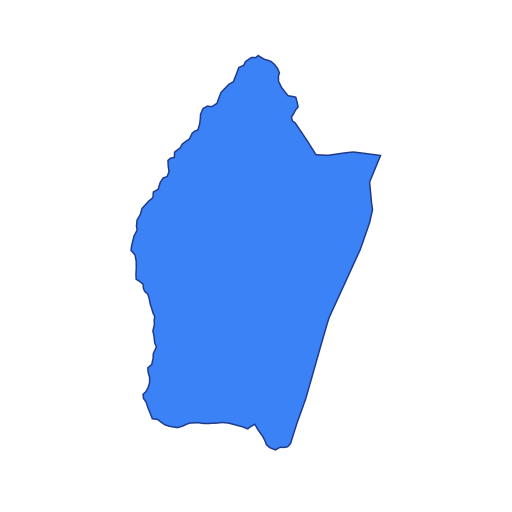 Canapi, Alagoas, Brazil, rotated 164°
{"feature_id": "56859067B46648773088158", "entity_name": "Canapi", "entity_type": "district", "adm_level": 2, "iso_a3": "BRA", "parent_name": "Brazil", "parent_adm1": "Alagoas", "projection": "natural_earth1", "projection_center": [-37.509, -9.127], "detail": "fine", "context": "isolated", "style": "filled", "palette": "blue", "viewbox_px": 512, "rotation_deg": 164, "n_neighbors": 0, "source": "geoboundaries", "source_scale": "gbopen_adm2", "svg_char_len": 2098}
<svg xmlns="http://www.w3.org/2000/svg" viewBox="0 0 512 512"><g transform="rotate(164 256 256)"><path d="M274.6,66.1L262.6,84.2L253.4,96.9L247.8,104.7L236.3,123.1L218.6,151.6L205.9,171.8L202.4,177.0L175.2,208.7L168.3,216.8L153.9,233.6L139.6,253.9L137.4,257.1L134.1,263.1L131.2,268.5L130.3,275.2L126.4,295.8L108.6,318.3L123.8,324.9L128.7,327.0L133.4,329.0L137.8,329.9L144.1,330.9L158.9,332.9L170.5,336.8L171.6,340.9L173.8,348.3L174.8,352.0L181.7,373.2L183.8,375.7L183.6,379.9L181.0,382.0L177.8,385.4L174.5,387.6L174.1,391.7L174.0,397.7L176.9,399.3L181.0,401.2L182.8,405.4L185.0,410.9L186.2,417.7L184.9,422.6L183.0,425.7L183.6,430.4L185.5,435.2L187.9,438.8L190.8,441.0L193.4,442.5L195.9,445.0L198.6,448.1L201.6,446.8L205.6,448.1L212.5,445.8L215.2,442.7L220.6,441.9L225.2,435.6L229.7,429.8L234.8,428.5L244.5,422.9L249.6,416.2L251.4,413.5L257.3,411.7L261.5,413.5L266.3,412.3L270.3,407.4L271.6,403.5L273.8,398.4L277.1,393.2L280.6,392.9L283.5,391.6L287.7,386.9L292.2,385.4L296.0,383.9L299.0,380.9L305.6,378.3L307.4,373.2L311.4,373.6L314.3,372.1L315.6,366.5L316.4,360.9L319.6,356.8L323.8,356.6L327.8,353.1L331.7,347.1L337.1,345.8L338.9,340.6L343.7,338.5L352.5,333.1L355.8,327.7L360.4,323.4L362.7,317.6L363.1,313.7L367.8,308.8L372.9,299.8L374.6,295.8L372.0,290.4L372.6,284.0L374.4,277.5L376.5,271.3L377.6,266.7L374.9,263.7L372.3,259.9L373.1,256.5L372.8,252.8L370.6,249.3L370.4,245.3L370.9,239.0L370.7,233.0L370.7,229.3L370.0,225.8L371.5,222.6L372.6,218.1L375.8,212.3L376.1,207.6L377.3,200.4L376.8,196.0L381.6,190.5L383.2,185.8L386.1,180.5L390.8,178.3L391.7,174.2L391.7,168.6L393.3,163.4L395.8,159.5L399.3,155.9L402.7,154.2L403.4,150.1L401.9,145.8L401.7,140.2L401.0,133.5L400.5,128.1L395.6,126.0L393.3,122.8L390.2,118.9L386.5,116.4L383.1,114.7L378.6,112.6L372.8,112.8L369.3,113.4L366.0,113.7L361.6,112.7L357.5,111.7L353.4,109.8L348.0,108.1L344.3,107.4L340.8,106.4L334.5,105.3L328.5,103.0L316.1,95.6L311.6,92.1L307.9,93.6L303.5,94.5L302.0,88.4L299.4,81.2L298.3,76.0L298.0,71.7L295.7,68.1L290.7,64.2L285.8,65.5L281.9,64.3L278.3,63.9L274.6,66.1Z" fill="#3b82f6" stroke="#1e3a8a" stroke-width="1.5"/></g></svg>